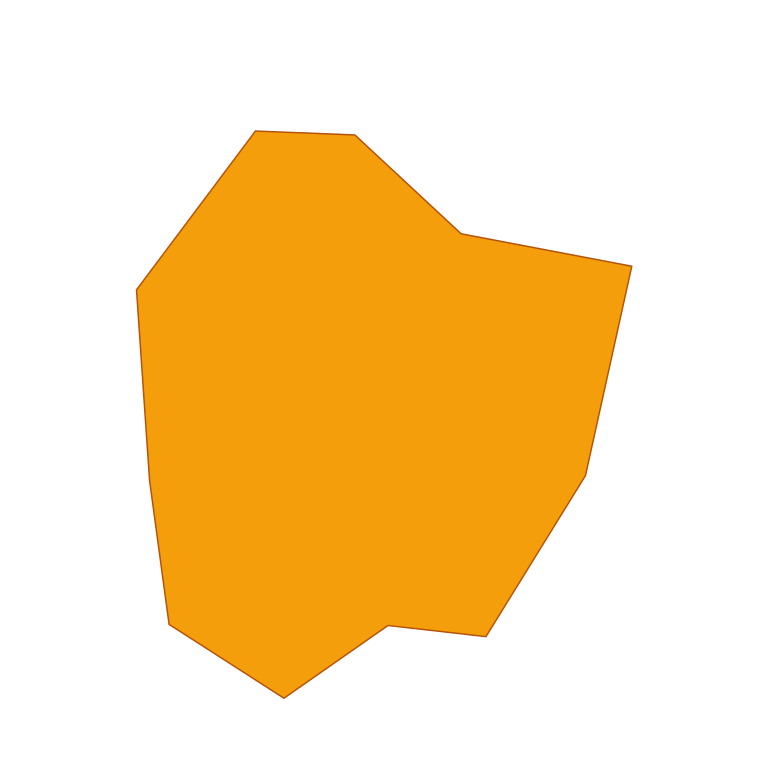 map outline of Tatabánya (Natural Earth projection), rotated 255°
{"feature_id": "HUN-4906", "entity_name": "Tatabánya", "entity_type": "Urban county", "adm_level": 1, "iso_a3": "HUN", "parent_name": "Hungary", "parent_adm1": "", "projection": "natural_earth1", "projection_center": [18.448, 47.563], "detail": "fine", "context": "isolated", "style": "filled", "palette": "amber", "viewbox_px": 768, "rotation_deg": 255, "n_neighbors": 0, "source": "natural_earth", "source_scale": "10m", "svg_char_len": 315}
<svg xmlns="http://www.w3.org/2000/svg" viewBox="0 0 768 768"><g transform="rotate(255 384 384)"><path d="M632.1,420.3L509.1,497.4L433.6,653.8L243.4,554.9L113.6,417.1L149.7,325.3L106.4,206.0L207.4,114.2L351.5,132.6L539.0,169.3L661.6,325.3L632.1,420.3Z" fill="#f59e0b" stroke="#b45309" stroke-width="1.5"/></g></svg>